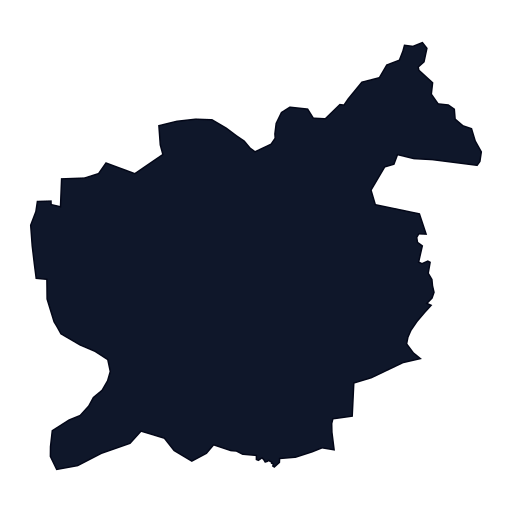 Ewekoro, Ogun, Nigeria (Mercator projection)
{"feature_id": "59680162B67809263123643", "entity_name": "Ewekoro", "entity_type": "district", "adm_level": 2, "iso_a3": "NGA", "parent_name": "Nigeria", "parent_adm1": "Ogun", "projection": "mercator", "projection_center": [3.208, 6.974], "detail": "fine", "context": "isolated", "style": "filled", "palette": "ink", "viewbox_px": 512, "rotation_deg": 0, "n_neighbors": 0, "source": "geoboundaries", "source_scale": "gbopen_adm2", "svg_char_len": 1936}
<svg xmlns="http://www.w3.org/2000/svg" viewBox="0 0 512 512"><path d="M158.9,125.7L160.3,144.9L162.9,154.5L134.8,173.7L106.0,163.0L98.6,173.6L84.4,178.1L61.6,178.9L60.5,206.8L51.1,204.6L51.0,201.1L37.4,201.5L35.9,211.6L30.7,225.2L32.2,245.7L34.4,264.3L36.2,278.3L46.9,279.3L47.1,299.0L54.1,321.8L56.9,326.4L61.0,333.8L80.2,345.0L95.0,351.3L107.8,359.6L110.3,371.5L107.6,380.8L102.1,390.3L93.4,397.5L88.8,406.0L80.2,415.5L69.1,420.0L52.3,430.7L50.5,446.7L50.4,456.4L56.7,469.4L77.6,465.6L101.4,453.3L130.0,443.3L141.0,431.1L164.4,438.2L174.1,450.5L191.8,461.1L206.4,453.3L213.6,444.8L230.9,450.6L236.4,451.0L242.6,454.2L256.4,455.4L256.4,459.5L258.4,460.3L262.0,457.8L263.8,459.7L265.2,462.0L267.2,461.4L268.9,460.4L270.0,461.3L271.8,462.2L271.6,463.2L273.5,464.0L272.8,466.0L274.3,467.0L279.4,462.4L279.6,458.5L295.5,457.2L312.2,451.8L322.1,447.8L334.1,449.8L331.9,432.2L331.7,423.5L332.9,418.7L335.0,418.5L343.0,417.4L352.2,416.1L353.8,383.0L371.3,377.7L402.9,362.6L420.3,358.6L413.3,352.9L406.6,343.9L407.9,337.2L410.9,330.3L417.0,321.4L424.8,312.2L431.1,305.3L426.8,303.4L432.0,298.1L434.0,292.3L432.5,285.8L431.9,279.5L428.2,273.3L430.1,262.3L427.8,261.1L422.0,263.7L418.6,262.1L422.3,245.9L417.5,242.4L416.7,237.4L418.8,233.8L426.1,234.1L419.4,213.9L375.3,204.7L371.0,190.1L384.7,166.9L393.9,164.2L397.5,154.6L413.9,158.6L432.3,159.6L477.1,165.3L479.9,161.4L481.3,151.9L475.2,141.0L471.5,128.7L462.9,125.8L455.1,119.1L454.3,109.2L448.3,105.0L438.1,103.9L431.3,94.2L432.6,82.8L418.9,70.3L418.2,67.0L424.0,61.8L426.9,48.3L422.4,42.6L412.9,46.4L404.5,45.3L404.2,46.4L402.9,51.2L399.4,60.2L386.8,65.0L379.4,77.7L361.9,82.2L348.3,98.8L344.0,105.1L339.9,104.6L325.3,118.8L313.3,118.2L307.6,109.1L289.9,107.2L281.5,112.5L276.2,123.4L274.9,133.9L275.2,138.2L271.1,144.2L255.0,151.8L250.0,148.1L244.2,141.1L236.4,135.8L226.3,128.2L212.0,119.8L195.6,119.2L176.9,121.3L158.9,125.7Z" fill="#0f172a" stroke="#020617" stroke-width="1.5"/></svg>